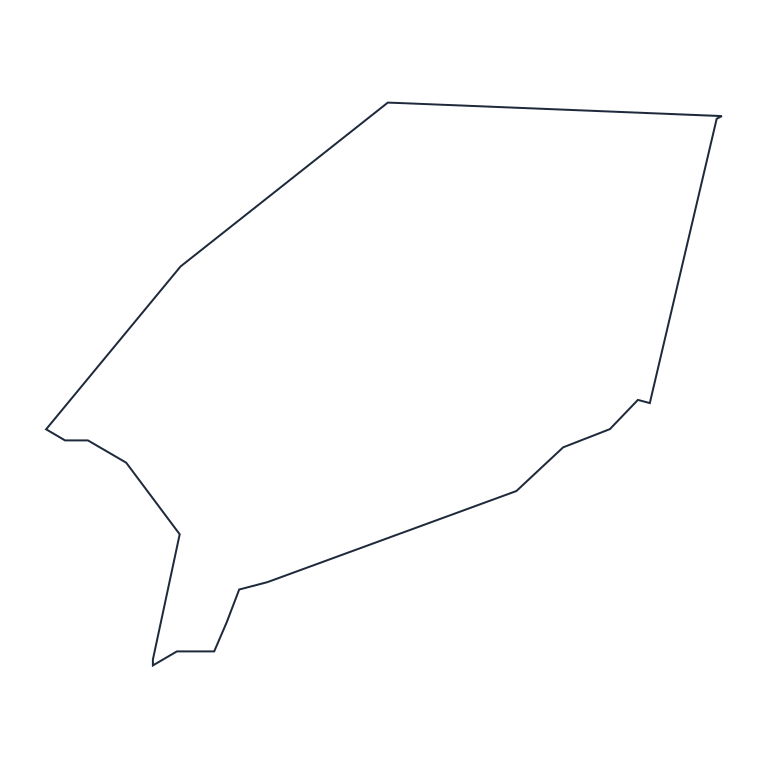 the district of La Dauphine Estate, Soufrière, Saint Lucia
{"feature_id": "8701671B47910558118739", "entity_name": "La Dauphine Estate", "entity_type": "district", "adm_level": 2, "iso_a3": "LCA", "parent_name": "Saint Lucia", "parent_adm1": "Soufrière", "projection": "natural_earth1", "projection_center": [-61.043, 13.822], "detail": "fine", "context": "isolated", "style": "outline", "palette": "slate", "viewbox_px": 768, "rotation_deg": 0, "n_neighbors": 0, "source": "geoboundaries", "source_scale": "gbopen_adm2", "svg_char_len": 412}
<svg xmlns="http://www.w3.org/2000/svg" viewBox="0 0 768 768"><path d="M649.8,403.1L716.7,118.7L721.9,116.1L396.0,102.9L387.8,102.6L180.6,266.4L46.1,429.3L65.0,440.4L87.9,440.4L126.2,462.7L179.7,534.3L152.9,659.5L152.9,665.4L176.9,651.4L214.2,651.4L226.7,622.3L239.2,589.5L267.2,582.2L516.4,491.0L563.2,447.3L609.9,429.1L637.9,399.9L645.8,402.0L649.8,403.1Z" fill="none" stroke="#1e293b" stroke-width="2"/></svg>